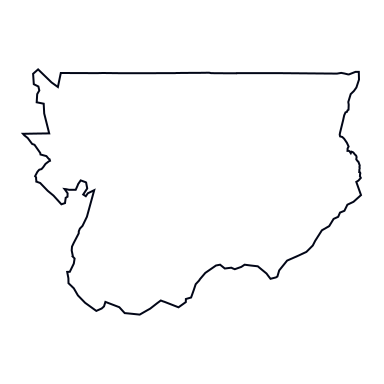 the district of Ikorodu, Lagos, Nigeria
{"feature_id": "59680162B53104406185271", "entity_name": "Ikorodu", "entity_type": "district", "adm_level": 2, "iso_a3": "NGA", "parent_name": "Nigeria", "parent_adm1": "Lagos", "projection": "robinson", "projection_center": [3.567, 6.6], "detail": "fine", "context": "isolated", "style": "outline", "palette": "ink", "viewbox_px": 384, "rotation_deg": 0, "n_neighbors": 0, "source": "geoboundaries", "source_scale": "gbopen_adm2", "svg_char_len": 2809}
<svg xmlns="http://www.w3.org/2000/svg" viewBox="0 0 384 384"><path d="M38.1,69.4L33.1,73.8L33.8,84.2L38.4,86.5L39.3,90.5L37.2,94.1L36.7,102.3L43.7,103.7L44.2,113.5L49.2,133.4L34.4,133.6L23.4,133.8L23.0,133.8L24.3,135.3L27.7,138.0L32.1,143.9L34.5,144.8L40.2,152.9L40.5,154.5L46.4,156.1L48.5,158.6L48.8,158.9L49.6,159.3L50.0,160.8L48.9,161.3L45.5,163.9L43.2,167.2L41.5,169.1L39.3,169.7L38.6,170.4L37.3,172.0L35.1,176.2L35.7,176.8L36.1,177.5L36.1,178.9L36.2,179.9L36.4,180.7L36.3,181.6L40.2,183.0L47.7,190.8L53.5,195.6L61.4,204.3L65.0,203.1L65.2,201.5L65.7,197.8L67.5,196.7L67.6,193.3L65.2,189.9L64.5,189.0L66.2,189.2L69.0,189.8L75.7,189.8L77.5,185.8L78.2,184.0L78.9,183.0L80.7,180.4L84.0,181.6L85.4,182.1L86.1,182.5L87.2,188.3L87.2,188.5L83.2,194.5L85.8,196.2L87.8,193.3L94.2,190.2L86.9,216.8L82.5,225.9L79.9,228.6L78.8,231.3L78.7,233.4L73.7,243.0L72.0,246.6L71.7,250.5L72.8,255.9L72.5,256.3L74.6,258.5L73.8,263.6L69.8,271.8L67.2,271.9L68.4,278.3L68.5,283.2L73.8,288.3L77.9,295.4L85.1,302.8L96.3,310.9L101.7,308.5L104.0,306.4L105.4,301.9L107.5,302.7L119.3,307.2L124.7,313.1L126.9,313.3L132.0,313.8L139.7,314.6L147.4,310.2L150.1,308.7L156.9,303.4L160.8,300.5L163.1,301.4L164.4,301.8L178.5,307.3L185.8,302.1L185.9,299.0L191.1,297.5L193.7,290.2L195.7,284.2L199.4,280.2L199.6,279.6L205.3,272.9L216.0,265.5L220.1,264.7L224.8,268.5L231.3,267.7L233.0,268.5L234.8,269.2L241.3,266.9L244.6,264.7L250.7,265.5L257.8,266.3L259.2,267.5L266.5,273.5L268.5,276.2L270.5,278.8L276.0,277.4L277.4,276.5L279.2,270.4L287.1,260.6L297.8,255.9L306.4,251.9L312.8,245.5L315.2,240.8L321.9,230.3L329.2,226.1L333.6,218.9L338.2,216.8L340.0,212.6L344.4,210.8L347.4,204.7L353.5,201.8L361.0,195.1L356.3,181.9L358.4,180.6L360.8,177.9L359.9,176.2L360.1,174.6L360.0,174.1L360.3,173.4L360.1,172.5L359.7,172.1L359.2,172.0L359.3,171.4L359.4,170.9L359.3,170.3L359.4,169.4L359.7,168.4L359.6,167.5L359.4,167.0L359.6,166.3L359.7,165.9L359.7,165.3L359.4,164.6L358.8,162.8L358.3,161.6L357.8,161.4L356.3,159.4L356.4,158.1L356.6,157.2L356.4,156.4L356.1,155.6L354.9,154.5L353.5,152.7L352.7,152.1L351.5,151.7L350.8,153.2L349.8,151.7L349.6,151.3L348.8,150.9L347.5,150.9L347.6,148.5L348.6,146.5L346.9,142.8L344.1,138.7L342.3,137.0L340.1,136.4L339.7,134.7L340.0,132.9L343.1,120.3L344.2,115.3L345.5,112.4L347.0,111.8L347.5,110.4L348.5,109.7L348.7,104.7L348.3,102.0L350.7,94.1L353.9,91.0L356.4,87.5L359.0,79.6L358.8,71.9L355.4,71.9L350.5,73.8L349.0,74.4L348.1,74.4L344.4,73.5L341.2,72.9L337.0,73.6L323.7,73.5L274.9,73.1L257.7,73.1L236.6,73.1L236.5,73.3L216.3,73.2L214.5,73.2L211.8,73.1L211.0,73.1L210.2,73.0L209.8,72.8L208.3,72.7L204.5,72.8L193.7,72.9L188.5,72.9L176.3,73.0L175.4,73.1L175.1,73.1L146.8,73.2L146.7,73.2L139.3,73.2L120.8,73.2L102.8,73.0L98.6,73.1L88.3,73.1L60.8,73.0L57.9,87.0L51.5,82.4L38.1,69.4Z" fill="none" stroke="#020617" stroke-width="2"/></svg>